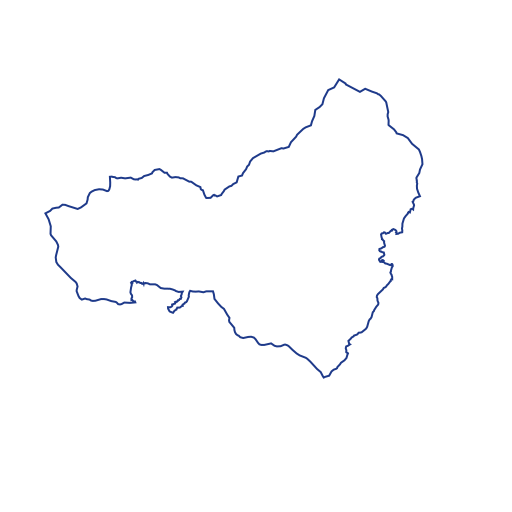 Bistra, Maramures, Romania (Mercator projection), rotated 340°
{"feature_id": "2599482B95766833415953", "entity_name": "Bistra", "entity_type": "district", "adm_level": 2, "iso_a3": "ROU", "parent_name": "Romania", "parent_adm1": "Maramures", "projection": "mercator", "projection_center": [24.244, 47.867], "detail": "fine", "context": "isolated", "style": "outline", "palette": "blue", "viewbox_px": 512, "rotation_deg": 340, "n_neighbors": 0, "source": "geoboundaries", "source_scale": "gbopen_adm2", "svg_char_len": 6129}
<svg xmlns="http://www.w3.org/2000/svg" viewBox="0 0 512 512"><g transform="rotate(340 256 256)"><path d="M376.0,324.5L376.8,322.3L376.9,321.5L376.8,321.1L377.0,319.9L376.6,318.6L376.7,317.3L377.4,316.9L377.9,315.8L379.7,313.3L381.0,312.3L381.3,311.2L381.2,310.2L380.6,309.9L379.7,310.8L378.9,310.4L376.3,308.0L374.9,307.2L374.0,305.4L372.9,304.9L373.3,304.0L374.0,304.2L374.3,304.0L373.7,303.1L372.7,303.1L372.3,303.8L371.2,304.2L370.7,303.9L370.3,301.8L370.5,301.1L371.1,300.6L372.2,300.6L373.7,299.7L375.1,299.8L376.7,299.1L377.0,298.8L377.3,296.4L375.9,295.6L375.3,294.7L374.9,294.7L374.1,293.9L373.8,292.8L374.4,291.6L376.5,291.7L378.3,291.1L379.0,291.3L380.0,291.2L380.7,290.5L380.9,287.3L381.5,285.9L380.8,284.7L380.6,283.6L380.1,283.3L380.4,282.4L380.4,281.3L380.9,278.5L381.8,277.8L382.9,278.1L384.4,277.5L385.2,278.1L385.5,279.4L386.2,279.6L387.6,279.4L388.6,279.8L391.2,278.5L392.4,278.7L392.7,278.4L392.5,278.2L392.6,277.9L394.3,277.7L395.9,279.2L396.4,280.5L396.2,281.6L395.7,281.8L396.0,282.4L395.5,283.3L397.2,283.7L399.0,283.3L401.5,283.7L402.2,282.1L402.6,280.0L403.5,278.6L404.7,275.6L407.9,271.3L410.2,269.7L413.3,268.0L413.6,267.4L414.5,266.8L415.5,267.7L417.3,265.0L418.3,264.9L419.2,265.4L419.6,266.0L420.2,264.7L421.9,262.4L422.0,261.6L421.7,258.7L422.4,258.5L423.5,257.1L424.8,256.4L426.3,255.9L430.5,255.9L430.2,251.8L430.3,247.9L431.2,245.0L432.3,243.0L432.3,241.6L432.9,240.6L432.9,239.6L433.2,239.0L433.2,238.2L433.6,237.2L437.8,233.9L439.7,230.8L443.8,226.7L445.2,221.7L445.6,218.6L445.7,214.3L445.5,211.6L441.0,203.9L439.0,197.1L435.5,192.7L430.1,188.9L430.1,187.7L429.0,184.2L425.4,178.4L425.4,178.0L426.9,174.3L427.2,173.0L427.4,169.9L428.2,167.8L429.5,166.0L430.9,156.3L430.8,155.2L428.1,148.3L426.9,146.2L426.2,145.9L425.2,144.4L421.2,141.2L415.8,136.2L409.8,137.3L399.1,125.5L399.2,124.6L394.5,118.5L387.1,124.3L380.6,124.8L373.8,131.0L370.3,136.1L366.7,137.8L361.7,139.0L358.7,144.4L354.7,148.6L352.3,152.0L346.7,152.1L343.9,152.7L336.1,156.1L334.5,157.6L327.8,161.0L324.1,164.7L318.6,164.4L316.8,163.4L308.1,163.6L304.9,162.0L303.7,162.1L302.1,161.2L300.6,161.2L299.3,161.6L295.6,161.4L286.6,163.0L282.8,165.2L280.6,167.9L278.3,168.9L276.4,171.0L272.1,173.7L270.4,175.6L266.6,175.3L263.0,180.2L259.2,180.6L256.9,181.7L254.8,181.5L249.2,182.9L247.9,184.1L245.2,185.8L244.1,186.8L239.8,186.7L238.5,185.1L237.8,185.0L237.5,184.2L236.7,184.2L233.2,185.8L229.4,184.6L229.0,184.3L228.5,180.7L228.6,176.1L227.5,175.2L227.0,174.3L227.3,172.2L224.1,169.2L220.8,164.4L220.3,163.9L218.7,163.3L213.9,158.0L211.5,157.1L210.2,155.7L207.3,154.3L203.8,153.6L202.3,152.0L200.9,148.6L200.8,147.3L198.5,146.5L196.1,142.6L195.0,141.3L190.2,140.5L187.3,141.9L186.5,142.8L182.5,143.0L178.2,142.6L175.3,143.6L172.2,143.3L171.2,143.9L170.6,143.3L169.2,143.0L167.4,142.1L165.1,139.5L159.6,138.3L156.0,136.3L152.5,135.7L151.4,135.1L150.4,133.7L148.4,132.7L147.7,132.1L145.8,131.6L144.1,137.2L142.8,140.5L141.1,143.0L140.0,144.0L139.3,144.3L138.2,144.1L134.9,141.2L131.4,139.6L127.0,138.9L123.5,139.3L121.4,140.0L118.1,143.2L117.0,145.5L114.7,148.6L108.1,150.5L104.5,150.8L96.9,145.0L94.2,142.7L91.7,141.6L87.3,143.0L84.7,142.3L80.9,141.8L78.0,143.2L72.7,143.9L73.7,150.6L73.3,157.9L70.5,164.9L70.5,166.4L73.3,174.0L73.7,177.8L73.4,179.6L68.5,186.8L67.3,188.8L66.3,193.4L66.9,196.4L68.5,199.8L74.5,213.3L77.6,218.7L78.1,220.5L77.9,223.6L75.8,226.7L75.4,227.8L75.5,232.9L75.9,235.2L77.4,237.4L80.9,237.5L82.1,238.6L84.7,240.0L85.8,241.5L87.3,242.4L89.7,243.1L95.8,243.5L98.3,244.4L100.7,245.7L104.6,248.9L108.5,251.2L109.3,252.3L110.0,254.1L111.6,255.0L113.2,255.2L116.3,254.7L121.7,257.0L126.7,258.3L126.7,257.3L125.8,257.1L125.0,255.9L124.7,254.9L123.9,254.8L124.5,253.2L125.5,252.4L126.0,250.8L126.0,250.3L125.5,248.7L125.6,247.1L127.9,242.8L129.5,240.5L129.5,239.1L130.0,239.1L129.7,238.5L130.1,238.4L130.0,238.1L130.4,237.8L131.3,238.1L132.2,237.8L134.3,237.8L134.6,239.2L135.9,239.9L135.7,240.2L136.4,240.1L136.8,240.6L137.5,240.8L138.0,241.8L139.0,242.1L139.4,243.0L139.8,242.9L140.1,243.4L141.0,243.3L141.0,243.6L141.3,243.1L141.4,243.4L142.7,243.8L142.9,243.6L145.0,244.7L146.7,246.4L151.5,248.1L153.0,249.4L155.5,253.5L158.6,255.3L163.9,257.3L166.3,259.0L168.2,260.7L168.7,261.5L171.0,263.3L174.9,264.4L173.4,265.7L172.9,266.8L171.7,267.9L171.8,269.3L170.6,270.6L169.8,270.2L168.6,271.1L167.5,270.9L167.0,271.6L166.0,271.6L165.7,272.0L164.7,271.5L164.2,271.6L164.3,272.3L163.7,273.0L160.6,272.9L160.4,274.1L159.6,274.6L158.0,274.9L155.8,274.0L155.4,275.4L155.8,278.2L156.1,278.8L158.6,281.0L160.8,279.5L163.0,279.1L163.4,278.3L164.2,278.0L164.4,277.6L166.8,278.4L169.3,277.6L170.1,277.8L170.4,276.6L172.6,276.2L173.1,275.5L174.6,275.5L175.6,274.9L179.0,271.3L179.2,270.2L180.1,268.6L181.1,267.1L182.2,266.2L184.4,267.7L187.2,268.9L190.1,269.7L194.2,272.1L197.1,272.2L203.5,274.5L203.3,277.6L202.3,282.1L204.1,287.5L206.0,292.0L207.8,294.7L208.9,301.3L209.9,305.1L208.7,307.1L208.4,308.8L211.0,316.0L210.4,318.1L210.2,320.4L210.6,322.6L211.6,324.2L212.5,325.0L213.4,326.9L215.9,328.7L221.0,329.4L223.8,330.2L226.1,331.9L227.1,334.0L228.2,338.3L229.0,340.2L230.6,341.4L233.4,342.4L240.3,343.3L242.7,346.7L244.7,348.1L248.3,349.2L252.3,349.0L253.3,349.3L255.1,350.8L256.0,352.1L258.2,356.7L260.8,361.4L263.0,364.3L268.0,368.7L269.0,370.1L270.9,373.8L274.7,383.0L277.1,387.2L277.7,391.9L278.1,393.4L279.4,393.2L283.8,393.5L287.5,390.3L290.1,389.4L293.0,389.4L293.8,389.1L294.5,388.2L297.9,386.5L299.3,385.4L303.4,384.3L306.1,382.8L308.3,379.8L309.1,379.1L309.0,378.5L308.2,377.8L307.9,377.1L308.4,376.2L308.7,375.2L308.7,373.7L309.3,372.5L309.9,371.8L311.6,371.8L314.1,371.2L313.5,370.5L313.8,367.4L317.2,365.9L317.9,365.3L320.2,364.9L320.9,364.3L323.7,364.4L324.6,364.2L326.2,363.2L328.0,363.7L329.2,363.8L334.2,362.1L335.3,361.4L336.3,360.5L339.7,355.7L341.2,354.4L342.2,354.1L343.7,352.9L346.5,348.8L347.9,348.1L348.6,347.2L351.7,344.8L354.2,343.4L355.0,342.0L354.9,339.5L355.6,337.2L355.4,335.9L356.2,334.5L357.6,333.5L363.8,330.8L365.1,329.7L366.8,329.6L367.9,329.2L368.8,328.4L370.8,327.5L373.4,325.8L374.0,325.7L374.3,324.9L375.3,324.1L376.0,324.5Z" fill="none" stroke="#1e3a8a" stroke-width="2"/></g></svg>